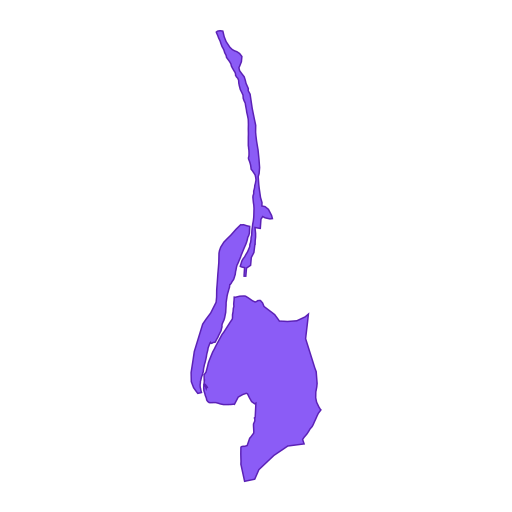 Kum Umbu, Aswan, Egypt (Natural Earth projection)
{"feature_id": "37247803B5042289926655", "entity_name": "Kum Umbu", "entity_type": "district", "adm_level": 2, "iso_a3": "EGY", "parent_name": "Egypt", "parent_adm1": "Aswan", "projection": "natural_earth1", "projection_center": [32.92, 24.62], "detail": "fine", "context": "isolated", "style": "filled", "palette": "violet", "viewbox_px": 512, "rotation_deg": 0, "n_neighbors": 0, "source": "geoboundaries", "source_scale": "gbopen_adm2", "svg_char_len": 5772}
<svg xmlns="http://www.w3.org/2000/svg" viewBox="0 0 512 512"><path d="M244.6,481.3L254.7,479.2L254.9,478.8L258.9,469.6L273.4,455.9L273.9,455.4L287.8,446.0L304.1,443.9L302.6,439.5L304.0,437.4L306.9,434.0L308.8,431.1L310.0,429.0L312.1,426.6L313.1,424.8L314.5,421.6L315.5,419.5L317.2,415.6L318.4,413.2L320.9,409.9L320.4,409.5L319.9,408.6L318.9,407.0L316.6,402.2L315.8,398.3L315.7,397.9L315.8,391.8L316.1,390.5L316.8,386.7L316.8,386.4L317.1,383.5L316.4,374.4L316.2,371.7L315.0,368.5L314.8,368.0L313.0,362.2L310.1,353.0L308.6,348.2L305.7,339.0L305.6,338.6L307.6,321.5L308.4,314.1L305.1,316.9L296.8,320.8L293.8,321.0L287.4,321.5L284.6,321.3L282.3,321.2L279.4,321.1L277.2,318.0L275.1,315.2L274.8,314.7L271.7,312.3L267.7,309.3L265.6,307.7L264.0,306.5L262.6,303.0L260.8,300.9L260.1,300.4L258.0,300.6L257.8,300.6L256.7,301.4L255.3,302.0L255.1,302.0L253.6,301.3L252.2,300.6L249.8,298.9L248.5,298.0L248.2,297.8L247.9,297.6L245.9,296.4L245.6,296.2L244.4,296.0L244.1,296.0L243.6,296.0L239.7,296.2L235.2,297.3L234.3,297.1L234.2,297.1L234.1,299.8L233.9,301.8L233.7,304.1L233.9,306.3L233.3,308.5L233.1,311.5L232.5,314.7L232.5,317.7L232.3,319.1L230.3,322.0L226.1,328.6L224.0,331.9L222.1,334.4L219.8,338.6L217.2,343.4L215.5,346.6L214.4,348.9L212.7,352.0L209.5,359.8L208.4,362.8L207.3,367.3L206.1,371.9L206.1,372.0L204.1,374.8L204.2,380.3L204.4,380.2L204.4,380.9L204.1,383.0L204.1,383.9L204.5,384.0L205.4,384.6L206.1,385.6L207.0,386.7L207.3,387.4L206.8,387.4L206.4,387.7L206.3,388.3L206.2,388.7L206.0,388.2L205.9,387.5L205.5,386.5L204.9,385.8L204.5,385.1L203.8,384.8L203.8,385.8L203.7,388.0L203.9,390.7L204.7,393.1L205.3,395.5L206.3,398.0L206.7,400.0L207.7,401.5L209.2,402.6L210.8,402.7L213.3,402.6L215.8,402.6L218.5,403.3L220.2,403.9L223.6,404.6L227.1,404.6L230.9,404.5L234.4,404.1L234.5,404.2L238.2,397.1L242.8,394.5L246.3,393.3L247.5,393.8L249.4,397.7L251.6,401.6L254.7,403.8L255.9,403.1L255.2,417.2L254.4,418.0L254.8,418.4L254.8,421.0L253.5,424.0L253.5,425.3L253.5,425.8L253.8,431.4L253.7,433.1L250.9,436.9L249.7,438.2L247.2,445.5L244.8,446.3L242.9,446.3L241.3,446.7L240.9,447.5L240.8,454.0L241.0,461.3L240.9,464.4L241.3,466.1L244.6,481.3ZM241.6,224.9L240.8,224.7L240.4,225.0L236.0,229.3L230.7,235.3L227.2,238.7L223.9,242.1L220.7,247.2L219.5,250.6L219.0,253.2L218.8,262.7L217.8,274.7L217.3,282.1L216.7,289.8L216.6,297.1L216.1,302.3L210.7,313.0L205.9,319.4L202.7,324.1L198.9,336.5L194.3,351.5L192.9,361.0L191.1,372.6L191.3,381.7L193.6,387.7L195.8,390.8L197.8,393.4L200.9,392.7L201.5,392.5L201.3,391.9L200.9,390.5L200.6,388.7L200.3,387.7L200.1,386.0L200.1,384.7L200.4,382.9L200.4,381.5L200.8,380.2L201.1,378.8L201.6,376.7L202.3,375.1L202.7,373.7L202.9,372.5L203.1,372.2L203.3,371.8L203.4,370.2L203.7,367.9L204.1,366.2L204.5,364.3L205.2,362.0L206.0,358.5L206.5,356.0L206.5,355.6L206.8,353.9L207.8,350.0L208.1,348.0L209.2,345.0L209.8,343.5L210.1,342.8L210.5,342.4L210.8,343.2L211.2,343.4L212.0,343.2L212.8,342.7L213.4,342.4L214.2,342.3L215.1,342.2L215.7,341.2L216.8,339.0L217.7,337.6L218.6,335.5L221.0,330.8L221.5,328.7L222.0,326.9L221.9,325.4L222.2,324.0L222.8,322.5L223.9,320.2L224.6,317.9L225.7,312.4L225.8,310.0L226.1,305.0L226.1,302.7L226.8,298.0L227.1,295.9L227.7,293.3L228.2,291.7L228.9,289.1L229.5,287.2L229.8,284.5L230.4,284.3L231.1,283.4L232.1,281.6L233.6,279.5L234.3,277.5L234.7,276.0L235.2,274.6L235.6,271.4L236.0,269.9L236.3,268.1L236.6,266.6L237.0,265.2L237.9,263.4L239.5,259.6L240.6,257.0L241.1,255.4L241.9,253.5L243.9,248.6L245.7,244.5L246.5,242.4L247.3,239.7L247.7,237.6L248.7,235.5L249.4,233.3L249.6,228.5L249.7,226.4L247.0,225.8L243.5,224.7L241.6,224.9ZM216.3,32.1L216.6,33.0L217.7,35.4L218.6,37.9L220.1,41.0L220.9,43.5L221.5,45.1L222.0,46.5L223.1,48.4L223.8,49.8L224.3,51.3L224.7,52.7L225.5,54.2L226.2,55.6L226.5,57.4L227.9,59.3L229.3,61.2L230.0,62.3L230.9,63.9L231.4,66.1L232.5,68.2L233.9,70.6L235.1,72.5L235.6,74.3L235.5,75.1L236.4,76.8L237.8,78.3L238.2,79.3L238.6,80.2L238.8,83.1L239.3,85.7L240.3,89.5L241.7,92.3L243.0,95.1L243.2,98.3L244.1,100.8L245.2,103.0L245.7,106.1L246.4,109.8L246.7,112.1L247.4,115.1L248.2,119.1L248.3,120.9L248.4,124.4L248.3,128.8L248.4,134.0L248.3,137.3L248.3,145.5L248.6,147.7L248.6,148.3L248.9,150.1L249.0,152.3L249.0,154.5L248.9,156.3L248.5,157.5L248.5,158.8L249.6,161.6L250.1,163.2L250.6,165.1L251.0,167.8L251.1,169.1L251.6,169.8L252.6,171.0L253.2,172.0L253.4,172.2L255.1,174.9L255.7,177.5L256.0,180.0L255.6,182.0L255.4,183.3L254.8,185.4L254.6,187.5L254.2,189.3L253.7,191.1L253.7,192.5L253.7,193.8L253.0,195.8L252.9,197.4L253.1,199.7L253.4,202.7L253.8,205.1L254.0,208.4L253.9,212.8L253.8,215.9L253.7,217.6L253.3,221.0L252.7,224.1L252.4,226.8L252.1,228.8L252.0,229.6L251.8,232.3L251.7,235.1L251.4,236.3L251.1,237.7L251.0,239.8L250.9,240.3L250.6,242.3L250.4,243.0L249.9,244.2L249.9,244.3L249.7,246.8L248.5,249.6L247.5,251.9L245.9,254.5L244.5,257.1L243.3,258.5L241.9,260.9L240.6,265.1L240.2,266.3L240.3,266.4L241.7,267.0L242.6,267.2L244.6,267.6L244.5,267.9L244.5,268.5L244.1,274.9L244.1,276.2L245.8,276.2L246.5,268.1L250.6,265.3L251.3,257.5L253.9,252.5L254.9,244.3L255.1,244.3L255.2,240.7L255.6,237.0L255.6,233.4L255.2,229.6L255.0,227.5L255.6,227.6L260.0,228.4L260.3,228.4L260.9,220.0L260.9,219.3L262.7,216.5L265.0,217.8L269.9,218.9L272.4,218.6L271.6,215.5L268.4,209.3L265.0,206.6L261.9,206.0L262.0,202.6L260.5,197.4L259.2,188.3L258.8,184.8L258.2,176.6L259.1,173.6L259.6,167.6L259.0,159.4L258.0,149.5L257.9,149.1L256.6,141.3L255.9,135.6L255.6,132.2L255.7,125.3L254.3,118.8L252.2,108.4L250.1,94.2L248.2,90.7L248.3,88.5L246.0,83.3L245.3,80.3L244.2,76.8L241.5,73.3L239.6,70.7L238.9,67.7L239.7,66.0L241.4,61.7L241.9,56.5L239.6,53.5L236.9,51.7L234.5,50.8L232.2,49.5L229.9,47.3L226.1,41.6L224.2,36.8L223.0,31.8L222.8,31.1L220.0,30.7L219.2,30.9L218.8,30.9L217.7,31.1L217.2,31.4L216.3,32.1Z" fill="#8b5cf6" stroke="#5b21b6" stroke-width="1.5"/></svg>